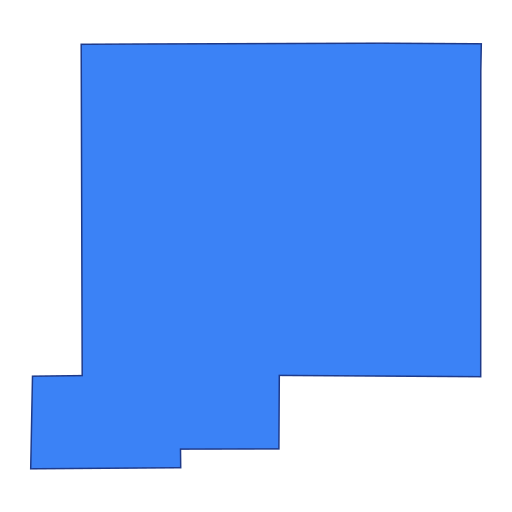 the district of Chickasaw, Mississippi, United States of America
{"feature_id": "52423323B84097929612493", "entity_name": "Chickasaw", "entity_type": "district", "adm_level": 2, "iso_a3": "USA", "parent_name": "United States of America", "parent_adm1": "Mississippi", "projection": "equal_earth", "projection_center": [-88.985, 33.907], "detail": "fine", "context": "isolated", "style": "filled", "palette": "blue", "viewbox_px": 512, "rotation_deg": 0, "n_neighbors": 0, "source": "geoboundaries", "source_scale": "gbopen_adm2", "svg_char_len": 289}
<svg xmlns="http://www.w3.org/2000/svg" viewBox="0 0 512 512"><path d="M81.2,44.3L82.2,375.6L32.5,376.2L30.7,468.8L180.7,467.7L180.5,449.1L278.9,448.9L279.3,375.4L480.7,376.7L480.8,70.6L481.3,43.8L380.8,43.2L142.5,44.0L81.2,44.3Z" fill="#3b82f6" stroke="#1e3a8a" stroke-width="1.5"/></svg>